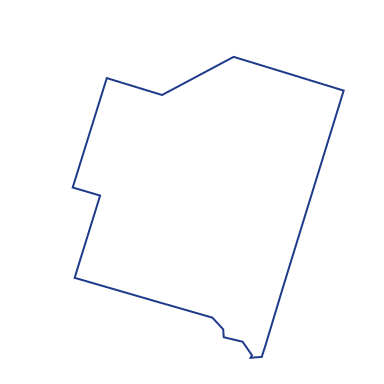 the district of Jackson, Louisiana, United States of America, rotated 287°
{"feature_id": "52423323B48909389322021", "entity_name": "Jackson", "entity_type": "district", "adm_level": 2, "iso_a3": "USA", "parent_name": "United States of America", "parent_adm1": "Louisiana", "projection": "robinson", "projection_center": [-92.632, 32.321], "detail": "fine", "context": "isolated", "style": "outline", "palette": "blue", "viewbox_px": 384, "rotation_deg": 287, "n_neighbors": 0, "source": "geoboundaries", "source_scale": "gbopen_adm2", "svg_char_len": 438}
<svg xmlns="http://www.w3.org/2000/svg" viewBox="0 0 384 384"><g transform="rotate(287 192 192)"><path d="M75.6,104.9L76.9,194.2L77.8,248.2L69.8,262.0L62.4,264.8L63.6,284.2L53.4,297.1L50.6,296.5L54.7,306.9L67.6,307.1L118.6,306.9L148.3,306.9L333.3,307.4L333.4,220.9L333.4,192.3L327.6,186.5L276.0,135.0L276.0,93.1L276.0,77.2L181.8,76.7L161.4,76.6L161.7,105.2L92.2,104.9L75.6,104.9Z" fill="none" stroke="#1e3a8a" stroke-width="2"/></g></svg>